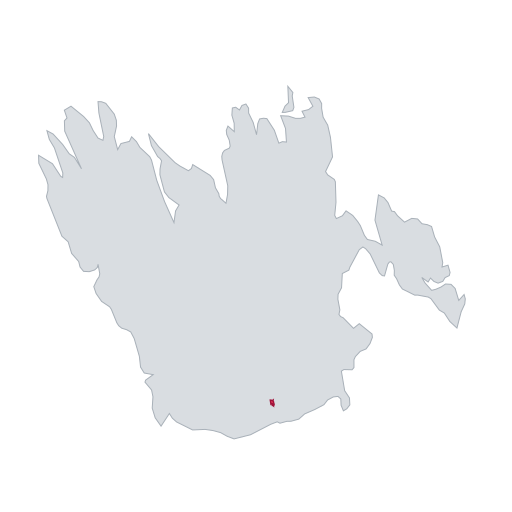 Palmerstown-Fonthill Lea-5, South Dublin, Ireland shown in context, rotated 81°
{"feature_id": "5873133B26300601338838", "entity_name": "Palmerstown-Fonthill Lea-5", "entity_type": "district", "adm_level": 2, "iso_a3": "IRL", "parent_name": "Ireland", "parent_adm1": "South Dublin", "projection": "robinson", "projection_center": [-6.384, 53.348], "detail": "fine", "context": "in_parent", "style": "filled", "palette": "rose", "viewbox_px": 512, "rotation_deg": 81, "n_neighbors": 0, "source": "geoboundaries", "source_scale": "gbopen_adm2", "svg_char_len": 4214}
<svg xmlns="http://www.w3.org/2000/svg" viewBox="0 0 512 512"><g transform="rotate(81 256 256)"><path d="M338.1,83.4L325.5,89.9L323.5,92.3L319.9,102.4L319.5,105.3L311.5,116.6L307.0,118.9L300.4,120.7L296.6,122.5L291.8,121.6L285.8,121.7L282.8,123.7L282.9,125.3L284.7,127.1L295.8,132.2L295.1,134.4L292.0,136.8L271.9,142.9L265.9,146.6L263.8,149.0L265.9,153.0L281.8,165.1L284.5,166.5L286.8,173.5L300.8,176.5L306.6,180.9L311.5,181.9L322.3,181.6L326.7,183.2L329.1,181.9L330.6,179.6L342.7,171.0L339.0,164.6L351.2,153.6L354.6,153.8L360.3,157.1L365.0,161.8L366.5,168.0L370.9,173.6L373.8,175.5L381.5,176.7L383.4,178.9L381.9,187.0L383.1,189.7L402.9,189.5L410.8,185.9L417.7,186.6L421.1,190.2L422.6,193.9L416.7,195.3L410.5,194.6L407.5,197.0L407.3,201.7L409.4,207.8L413.5,212.2L416.8,221.9L419.6,232.7L423.8,239.2L424.7,247.3L424.1,251.3L424.9,258.5L423.1,261.0L424.5,267.7L431.7,289.4L433.2,306.3L429.6,312.6L424.9,318.6L421.7,325.7L419.3,333.4L417.9,345.8L407.5,360.4L403.1,364.0L398.0,366.2L409.2,376.4L400.0,380.9L390.0,382.3L378.9,379.8L372.0,380.1L363.2,385.4L361.3,384.4L357.1,376.1L354.1,384.7L347.7,387.4L336.8,386.9L318.5,389.2L311.4,391.6L308.5,395.4L306.3,399.9L303.4,402.5L300.2,403.9L286.1,407.2L283.3,408.5L276.7,415.6L268.0,419.8L260.9,421.0L254.7,416.8L252.1,414.3L249.2,413.1L239.5,413.3L242.5,414.5L244.5,417.5L245.4,423.1L244.2,428.7L239.4,431.5L233.7,432.0L224.6,437.7L212.6,439.3L206.1,444.6L166.5,453.5L164.3,453.6L158.9,451.3L153.0,450.3L147.1,451.0L130.5,456.0L122.5,455.0L133.0,442.6L146.8,436.4L148.2,434.7L143.8,433.8L117.7,438.2L108.5,441.9L99.5,442.9L103.8,437.3L115.6,429.5L125.8,424.5L130.2,419.9L142.6,414.7L102.8,425.4L92.5,424.1L90.1,421.1L82.0,422.5L79.1,415.3L91.3,404.4L98.4,399.7L106.7,397.2L114.8,393.6L117.8,389.1L114.1,387.7L90.2,388.8L78.8,387.9L79.5,384.4L81.7,380.5L93.7,373.8L100.1,372.7L105.8,373.4L115.9,377.3L129.3,376.0L123.8,371.8L123.0,363.1L118.8,360.2L124.3,356.2L130.6,353.7L141.3,345.4L145.0,344.2L165.7,342.2L188.0,337.8L210.2,331.8L198.9,328.4L193.6,324.0L184.7,332.9L178.4,336.4L160.7,338.2L155.1,337.2L147.2,334.4L144.8,335.5L142.4,337.6L130.6,342.0L118.3,343.1L132.8,335.0L151.2,321.3L155.3,317.0L161.2,309.4L159.5,306.1L155.8,304.2L169.2,288.7L173.9,285.9L182.3,285.4L188.5,283.0L191.3,283.0L193.7,282.0L199.2,277.4L190.9,274.5L182.3,272.9L155.7,274.5L152.2,274.2L148.9,272.8L146.8,270.7L145.3,265.5L143.4,264.3L137.4,264.3L131.4,265.9L127.3,265.7L123.3,263.4L129.8,258.0L121.5,256.8L113.1,257.8L106.1,256.2L105.9,252.8L109.2,249.5L105.1,246.3L104.3,242.2L108.8,240.2L113.7,240.9L123.6,237.9L136.3,236.5L125.5,233.5L121.2,231.0L121.1,227.1L122.0,223.8L134.7,218.2L148.1,215.8L147.2,212.1L148.2,208.1L134.7,206.9L121.3,209.7L122.9,202.1L126.3,195.3L127.0,190.7L126.5,185.9L120.2,187.9L119.6,181.1L117.0,176.4L107.7,179.7L108.1,173.5L110.8,169.1L115.7,167.3L120.5,168.1L129.4,168.0L138.0,164.7L150.4,163.9L170.1,164.9L183.5,174.1L187.1,172.5L192.6,166.7L195.1,166.0L215.5,168.6L228.2,171.9L231.6,170.8L229.8,164.4L225.5,160.0L231.1,154.1L237.8,150.2L242.3,148.2L252.6,145.7L257.1,143.4L260.1,135.9L265.0,129.7L239.2,132.9L214.8,125.5L218.7,120.3L223.9,117.3L232.9,115.0L233.8,112.3L238.3,110.0L245.8,104.0L243.2,96.3L244.7,90.6L250.1,87.0L251.9,81.8L254.3,78.0L265.2,76.6L275.7,73.1L291.8,72.6L296.0,74.0L295.1,67.8L302.6,66.9L305.6,68.2L306.9,72.6L310.3,75.5L311.3,80.4L309.0,84.2L305.1,87.1L308.6,90.1L303.1,95.6L309.0,93.3L317.4,87.9L317.0,83.6L315.6,78.1L313.3,73.2L314.5,67.8L319.2,64.4L331.6,62.7L326.6,56.5L331.1,56.0L336.0,57.3L343.2,62.1L358.6,68.8L351.0,74.8L341.8,78.9L338.1,83.4ZM118.7,204.7L118.3,207.6L112.5,203.9L109.7,199.9L93.4,198.0L100.3,194.0L103.6,195.2L115.1,195.3L118.2,197.0L118.7,204.7Z" fill="#d9dde1" stroke="#a8b0b8" stroke-width="1"/><path d="M406.7,262.3L406.1,262.3L406.2,262.2L406.4,262.1L406.3,261.9L406.2,261.7L405.7,261.4L405.4,261.4L405.1,261.4L404.5,261.4L403.8,261.6L402.9,261.5L402.2,261.8L401.3,261.8L401.0,261.7L401.1,261.9L401.3,262.1L401.4,262.4L400.7,263.8L400.6,264.4L403.5,264.4L404.5,264.4L404.3,264.1L404.2,263.9L404.1,263.7L404.2,263.3L404.3,263.4L404.7,263.3L404.7,263.2L405.0,263.3L405.5,263.3L405.6,263.1L406.1,263.2L406.3,262.4L406.6,262.4L406.7,262.3Z" fill="#f43f5e" stroke="#9f1239" stroke-width="1.5"/></g></svg>